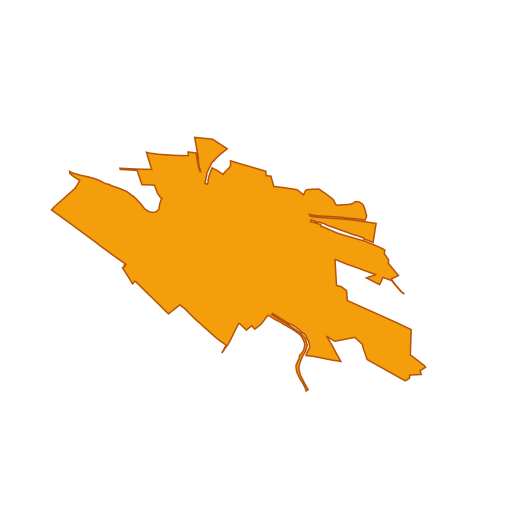 Bauska, Bauska, Latvia (Natural Earth projection), rotated 32°
{"feature_id": "27541924B8748628129152", "entity_name": "Bauska", "entity_type": "district", "adm_level": 2, "iso_a3": "LVA", "parent_name": "Latvia", "parent_adm1": "Bauska", "projection": "natural_earth1", "projection_center": [24.202, 56.407], "detail": "fine", "context": "isolated", "style": "filled", "palette": "amber", "viewbox_px": 512, "rotation_deg": 32, "n_neighbors": 0, "source": "geoboundaries", "source_scale": "gbopen_adm2", "svg_char_len": 6053}
<svg xmlns="http://www.w3.org/2000/svg" viewBox="0 0 512 512"><g transform="rotate(32 256 256)"><path d="M294.3,195.1L289.1,196.3L284.3,198.0L283.5,196.3L284.9,195.8L286.7,195.5L289.4,194.9L290.8,194.3L291.8,193.6L293.3,193.4L295.2,193.0L296.7,192.4L300.6,192.2L305.6,190.9L306.3,190.7L308.4,190.3L309.0,190.1L314.5,189.1L316.9,188.5L318.9,188.1L321.2,187.4L324.1,187.1L326.0,186.6L328.9,185.9L330.5,185.2L332.8,184.8L334.2,184.5L335.5,184.2L338.0,183.7L338.4,184.5L342.1,183.5L343.3,183.3L348.1,182.4L342.4,169.0L340.6,164.7L319.7,173.9L314.8,176.3L305.5,181.0L301.8,183.0L293.7,187.3L293.1,187.7L288.7,190.0L283.7,192.4L282.9,192.7L280.7,193.5L280.5,193.3L279.1,192.5L281.1,191.8L283.3,190.9L285.5,189.9L290.7,187.2L295.7,184.5L295.7,184.4L297.3,183.5L302.1,181.0L308.0,177.9L311.0,176.4L311.2,176.7L313.9,175.3L314.2,174.9L316.8,173.6L320.1,172.0L322.9,170.7L325.7,169.4L329.5,167.8L328.7,163.3L328.4,163.2L327.7,162.8L327.0,162.1L325.3,160.1L324.3,159.3L321.4,157.0L319.6,155.9L318.8,155.6L315.0,155.5L314.7,155.6L314.1,155.8L312.6,156.6L312.0,156.9L311.6,157.1L311.2,157.5L311.0,158.1L310.9,158.9L309.4,161.1L308.8,162.0L307.9,162.6L307.3,163.1L304.8,165.0L302.3,166.7L298.2,169.8L297.8,169.9L297.3,170.0L296.4,169.9L295.8,169.8L291.6,167.2L290.7,167.0L289.4,166.9L286.7,166.7L284.4,166.4L281.7,166.2L275.5,166.0L273.7,165.9L273.5,166.0L270.0,168.6L269.2,168.9L268.5,169.3L267.5,170.2L267.3,170.5L265.0,172.0L264.3,172.6L263.3,173.9L263.9,178.9L255.7,178.0L244.9,182.6L235.9,186.8L234.3,187.6L226.3,180.4L222.0,182.5L219.4,178.9L195.0,185.8L183.9,188.8L184.5,189.7L185.7,191.3L186.6,193.6L186.6,195.3L185.7,198.7L185.2,201.2L184.8,202.9L184.9,204.3L181.1,204.1L178.7,204.1L177.4,204.1L172.0,204.6L173.3,210.9L174.0,213.5L175.0,216.5L176.0,218.5L176.9,220.9L174.1,221.4L171.4,213.5L170.5,212.5L169.6,205.0L169.2,201.1L169.4,197.9L169.9,197.9L170.1,196.2L170.3,194.5L170.8,192.4L171.3,190.5L172.2,187.6L173.5,183.8L174.6,181.1L174.8,180.3L157.2,180.0L141.1,187.9L153.5,201.6L155.6,204.0L156.5,205.6L158.9,208.6L160.8,210.5L164.0,213.4L164.4,213.7L163.6,214.0L160.8,211.6L159.5,210.3L154.7,205.1L150.7,200.4L147.0,202.0L143.2,203.8L145.5,206.7L145.4,206.8L143.6,207.9L134.0,213.6L117.4,222.5L117.1,222.4L116.9,222.4L111.9,224.9L108.1,226.1L115.7,232.7L121.7,237.9L119.8,238.9L116.2,241.1L109.8,244.9L94.1,253.7L95.0,254.5L104.2,249.5L109.8,246.4L121.5,256.0L124.5,254.2L129.4,251.3L132.5,249.8L139.2,255.0L143.9,257.0L145.7,257.0L145.6,258.2L146.8,263.0L148.6,267.2L148.9,268.5L148.3,269.8L147.6,271.8L146.1,273.3L143.8,274.5L141.5,275.1L140.2,275.0L138.8,275.2L136.5,275.0L130.8,272.8L128.0,272.1L126.1,271.6L124.1,271.1L122.5,270.8L120.8,270.3L120.8,270.6L112.3,269.8L102.9,271.3L97.9,272.6L96.2,272.9L94.2,273.1L93.3,273.2L90.6,274.2L89.6,274.4L88.0,274.6L86.0,274.7L84.3,274.8L79.7,275.6L77.6,276.0L76.4,276.4L74.3,277.1L71.7,277.7L69.9,278.5L65.1,280.3L60.1,281.8L57.2,282.6L55.9,282.8L54.4,282.9L53.1,283.0L54.3,284.4L54.3,284.5L54.5,284.6L55.7,284.8L57.8,285.2L60.3,285.3L61.9,285.4L62.5,285.4L65.4,285.2L66.1,285.2L66.5,285.3L66.6,285.5L66.3,286.1L66.4,286.4L66.6,286.5L66.7,289.2L66.7,294.7L66.4,295.5L58.8,321.5L58.6,322.6L58.2,325.3L77.8,326.6L111.6,329.2L118.3,329.9L134.5,331.1L148.6,331.9L150.0,332.0L149.0,333.7L150.5,334.0L148.9,336.7L157.3,340.7L160.4,342.2L166.1,345.1L166.8,341.4L178.4,343.9L179.4,344.2L187.3,345.9L190.1,346.5L194.1,347.4L199.6,348.6L203.0,349.4L206.9,350.2L208.6,350.7L212.5,351.4L213.9,347.3L216.3,340.7L217.4,337.7L220.7,338.3L222.4,338.2L238.8,342.0L242.7,342.6L242.8,342.4L247.2,343.4L254.2,344.6L265.4,346.5L269.3,346.9L277.9,347.4L278.0,349.9L278.3,353.6L278.3,354.6L278.4,356.5L279.1,345.8L278.7,339.4L278.1,333.7L277.1,322.6L277.8,322.0L287.1,323.9L289.3,317.4L290.5,317.8L291.3,318.1L292.3,318.3L293.8,318.6L296.4,311.3L297.5,300.0L298.2,299.8L299.8,299.9L301.1,299.7L303.5,299.8L307.4,299.7L308.2,299.5L312.5,299.1L315.0,299.4L318.6,299.1L322.2,299.0L322.3,298.9L327.9,298.9L332.3,299.1L334.3,299.4L335.9,299.7L338.7,301.0L340.6,302.1L342.9,303.7L344.6,305.9L346.2,310.0L346.3,313.5L345.9,315.4L345.8,317.3L346.3,318.8L346.9,319.8L347.2,320.8L347.0,322.0L347.2,323.2L347.6,325.1L347.7,326.8L348.2,328.2L350.4,331.1L352.8,333.3L353.8,333.9L356.0,335.4L358.1,336.7L359.0,337.2L360.0,337.7L360.9,338.2L362.7,338.9L363.5,339.3L364.1,339.7L365.9,340.8L366.5,341.0L367.7,341.9L370.0,343.9L371.1,341.7L364.9,338.4L356.4,333.2L351.6,328.4L349.8,323.1L348.6,316.5L348.6,311.3L346.9,304.7L344.9,302.7L341.3,299.8L335.6,297.8L330.5,297.5L320.9,297.2L306.1,297.4L300.3,297.3L300.5,295.8L301.7,295.9L306.0,295.8L306.6,295.9L311.8,296.1L313.2,295.8L314.6,295.8L315.3,296.1L316.8,295.9L318.3,295.8L318.9,295.8L321.1,295.6L321.6,295.4L322.9,295.2L323.9,295.2L324.6,295.2L325.5,295.2L326.6,295.0L328.7,295.4L330.4,295.4L330.9,295.4L333.1,295.9L335.3,296.3L337.6,296.3L338.6,296.6L340.7,297.4L341.9,298.2L342.9,298.9L344.1,299.6L346.2,300.8L348.9,303.6L349.8,304.6L350.5,310.6L351.1,313.9L358.6,310.4L377.7,303.2L379.6,302.2L383.8,300.5L375.4,295.8L368.4,291.8L364.5,289.7L362.0,288.4L360.0,287.5L358.0,286.6L361.3,286.6L368.0,286.6L370.2,284.5L383.0,272.6L392.9,274.5L395.1,276.8L405.2,284.9L448.7,282.8L451.0,278.3L449.4,275.5L449.6,275.4L458.9,268.9L455.9,266.2L458.8,260.6L456.9,259.8L451.8,259.3L448.7,258.9L445.1,258.6L439.3,258.1L426.6,236.2L410.5,238.0L357.0,245.4L351.2,237.4L344.6,236.8L339.9,238.3L324.8,217.0L339.3,214.5L339.6,214.2L342.2,213.7L345.8,212.9L348.6,212.3L350.9,211.8L356.9,210.6L358.7,210.2L366.3,208.6L367.3,208.3L367.4,208.6L366.8,209.3L365.5,210.9L361.2,216.1L376.0,214.8L375.1,206.9L384.4,204.9L386.5,205.8L388.4,206.5L397.1,209.2L397.8,209.4L398.7,209.5L399.5,209.7L401.0,209.8L401.1,209.4L399.8,209.4L398.5,209.2L397.3,208.9L390.1,206.6L388.4,206.1L386.8,205.5L385.2,204.8L383.6,204.0L382.9,203.6L387.2,197.1L372.0,192.1L372.2,191.8L370.3,188.8L363.6,186.1L362.1,182.7L359.8,182.7L355.9,183.2L349.4,184.2L339.8,185.9L333.4,187.8L329.4,188.9L327.7,189.4L321.6,191.2L313.7,193.3L309.6,194.0L297.2,195.8L295.0,196.4L294.3,195.1Z" fill="#f59e0b" stroke="#b45309" stroke-width="1.5"/></g></svg>